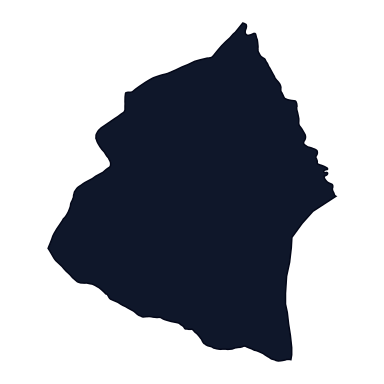 Halhal, Anseba, Eritrea
{"feature_id": "51966322B6803620796687", "entity_name": "Halhal", "entity_type": "district", "adm_level": 2, "iso_a3": "ERI", "parent_name": "Eritrea", "parent_adm1": "Anseba", "projection": "mercator", "projection_center": [38.232, 16.031], "detail": "fine", "context": "isolated", "style": "filled", "palette": "ink", "viewbox_px": 384, "rotation_deg": 0, "n_neighbors": 0, "source": "geoboundaries", "source_scale": "gbopen_adm2", "svg_char_len": 5929}
<svg xmlns="http://www.w3.org/2000/svg" viewBox="0 0 384 384"><path d="M63.4,218.8L62.3,220.8L59.2,225.4L56.8,228.9L54.2,233.3L52.8,236.1L51.8,239.1L50.8,241.7L50.0,243.7L48.7,246.8L48.1,248.4L49.2,250.0L51.4,253.7L52.9,256.3L54.2,258.5L55.7,260.5L57.2,261.9L62.1,266.5L63.9,268.7L66.2,271.2L68.1,272.9L70.2,274.9L71.4,276.3L72.6,277.7L73.8,278.7L74.7,279.5L77.4,281.8L79.0,282.4L80.7,282.9L84.7,283.1L86.7,283.0L89.3,283.6L91.0,283.9L92.3,284.1L93.4,284.6L95.1,285.4L97.1,286.6L99.1,287.7L101.5,289.7L103.0,291.1L104.1,292.1L105.8,293.9L107.2,294.3L108.2,295.9L108.7,296.9L109.6,298.3L110.5,299.1L112.5,300.0L117.9,302.3L120.8,304.2L122.9,305.4L125.4,306.5L127.7,307.9L129.9,309.1L133.6,311.1L135.2,312.4L137.2,314.2L138.2,314.9L139.2,315.5L140.3,315.8L141.8,316.6L143.0,317.0L145.9,316.7L148.1,316.6L149.0,316.5L151.1,316.7L153.1,317.1L155.2,317.3L157.0,317.5L159.2,317.3L160.7,317.5L163.2,319.0L165.0,319.7L167.0,320.3L169.8,321.1L171.2,321.5L174.8,322.2L176.8,322.6L177.7,322.8L178.7,323.1L179.4,323.4L179.9,323.9L180.2,324.2L181.0,324.8L181.9,325.3L182.4,325.7L183.4,326.4L184.0,327.3L184.6,328.3L184.9,328.6L185.2,328.9L185.7,329.0L187.1,329.0L188.6,329.3L189.8,329.3L191.2,329.3L191.8,329.1L192.2,329.3L193.0,329.9L194.8,332.0L195.6,332.7L196.5,333.3L197.2,334.0L198.1,335.0L199.7,336.9L200.3,337.8L201.4,339.1L202.1,340.5L202.6,341.6L203.3,342.6L204.0,343.5L204.7,343.8L205.9,344.8L206.7,345.2L207.4,345.6L208.3,345.9L211.1,346.6L211.9,346.9L213.6,348.0L214.5,348.2L216.8,348.8L218.7,349.1L220.4,349.3L222.7,349.1L225.6,349.1L227.7,349.4L230.0,349.2L232.2,349.0L235.1,347.9L238.4,347.4L240.2,347.3L241.4,347.0L242.2,346.8L243.2,346.3L244.5,346.1L245.5,346.2L246.5,346.8L248.9,347.8L251.6,348.8L254.3,350.2L256.3,350.6L258.2,351.3L260.7,352.4L263.3,353.6L264.9,354.8L267.9,356.7L268.7,357.1L269.4,357.5L270.0,358.0L270.7,358.5L271.6,359.0L274.6,359.8L276.0,360.5L277.2,360.8L278.4,361.0L280.6,360.8L282.7,360.5L285.5,359.9L286.4,359.5L289.2,359.4L290.9,359.7L291.7,354.9L291.7,347.6L290.4,335.5L288.6,324.0L287.3,312.5L285.5,304.1L285.5,293.2L286.6,276.2L289.6,262.3L291.3,247.7L291.9,237.4L302.1,223.4L312.9,211.3L335.9,196.3L335.5,196.1L335.2,195.8L334.6,195.2L334.3,194.5L334.1,193.8L333.8,193.0L333.5,192.3L333.0,191.5L332.7,190.7L332.4,189.5L332.4,188.9L332.4,188.3L332.7,187.6L332.8,186.5L332.7,185.3L332.2,184.5L331.6,184.1L330.6,183.7L329.7,183.3L328.8,182.9L328.3,182.6L327.6,182.2L327.0,181.7L326.0,180.6L325.4,179.8L324.8,179.0L324.5,178.2L324.2,177.6L324.2,176.8L324.2,176.2L325.2,175.8L326.7,175.0L327.2,174.5L327.6,173.8L327.6,173.4L327.5,172.9L327.1,172.6L326.4,172.4L325.7,172.6L325.0,172.6L324.4,172.5L323.9,172.2L323.7,171.8L323.7,171.1L324.0,170.6L324.5,170.2L325.7,169.8L326.3,169.6L327.0,169.6L327.3,169.4L327.6,169.0L327.4,168.4L327.2,168.1L326.7,167.7L326.0,167.4L325.0,166.8L323.7,166.2L322.7,165.8L321.4,165.3L320.6,165.1L319.2,164.6L318.5,164.3L317.5,163.8L317.3,163.3L317.2,162.5L317.3,161.7L317.2,160.9L316.9,160.0L316.6,159.1L316.1,158.3L315.9,157.6L315.8,156.9L316.0,156.3L316.5,155.4L317.0,154.5L317.3,153.6L317.4,152.6L317.3,151.8L317.2,151.3L317.1,150.9L316.5,150.2L315.4,149.5L314.6,149.1L312.8,148.5L312.2,148.2L311.1,147.8L310.4,147.6L310.0,147.5L309.3,147.3L308.0,147.0L307.2,146.6L305.2,145.2L304.6,144.8L304.2,144.4L303.8,143.8L303.6,143.4L303.6,142.8L303.7,142.0L304.1,141.0L304.9,139.8L305.3,138.7L305.5,137.8L305.5,136.3L305.2,134.9L304.3,133.2L303.2,131.3L302.4,129.9L301.6,128.6L300.1,126.6L299.3,125.6L298.8,124.0L298.7,123.0L298.8,120.9L298.8,118.8L298.5,117.1L298.0,114.6L297.5,112.3L296.8,109.8L296.7,108.4L296.6,107.6L297.0,106.3L296.9,105.3L296.7,103.7L296.2,102.2L295.8,101.4L295.1,100.9L291.1,100.4L289.1,100.0L287.4,99.6L284.9,98.5L284.3,97.9L283.7,96.7L282.9,94.9L282.3,93.7L282.0,93.0L281.0,91.5L280.8,90.3L280.8,88.6L280.9,87.3L280.6,86.0L280.1,84.7L279.6,83.7L278.0,81.6L276.5,80.0L275.5,78.7L274.9,77.9L274.6,77.0L274.2,76.1L273.6,75.1L273.1,74.2L272.5,73.1L270.6,69.6L269.8,68.1L268.9,66.8L268.2,65.4L267.8,64.3L267.1,63.0L266.3,62.0L265.7,60.8L265.2,59.7L264.6,58.8L263.9,58.4L262.9,57.8L261.3,56.7L260.6,56.0L260.0,55.1L259.1,53.4L258.0,51.2L258.0,49.9L257.9,48.3L258.0,47.6L258.0,46.2L257.6,42.1L257.3,39.9L256.8,38.5L256.5,37.8L256.3,36.9L255.6,34.1L255.0,33.5L254.3,33.4L253.6,33.5L252.8,33.9L252.1,34.2L251.0,34.7L249.0,35.2L247.9,35.4L247.4,35.3L246.0,34.4L245.5,33.6L245.2,32.6L245.2,31.7L245.3,30.8L245.5,30.0L246.2,28.1L246.3,27.6L246.5,26.2L246.4,25.6L246.1,24.5L245.4,24.1L244.3,23.5L243.1,23.1L242.8,23.0L235.3,32.3L233.2,34.1L229.9,37.9L225.7,41.7L221.8,45.6L218.1,49.9L215.0,53.7L213.5,55.6L212.2,56.9L211.4,57.5L210.4,57.7L209.5,57.9L208.5,58.1L207.5,58.1L206.3,58.3L205.6,58.5L199.8,59.9L194.8,61.3L187.9,64.6L181.9,67.0L175.7,70.0L167.8,73.4L165.4,74.1L162.8,74.7L160.0,75.5L156.4,76.7L153.6,77.7L152.5,78.2L151.6,78.7L150.5,79.3L149.1,80.1L145.6,82.2L139.5,86.3L135.5,89.2L132.8,91.5L132.4,91.8L131.2,92.2L130.1,92.3L128.7,92.3L128.2,92.2L127.7,92.3L127.0,92.5L126.3,92.6L126.0,92.7L125.7,93.0L125.5,93.5L125.1,96.9L125.0,101.6L125.1,103.9L125.0,105.9L125.0,107.7L125.0,109.6L124.9,110.2L124.7,110.7L124.3,111.6L123.9,112.1L123.5,112.5L121.2,114.0L117.8,116.6L114.7,118.6L105.1,125.2L101.1,127.9L100.3,128.7L99.7,129.3L99.0,129.9L98.1,131.0L97.5,132.0L96.8,133.3L96.2,134.5L96.0,135.6L96.0,137.0L95.9,138.2L96.0,138.6L96.4,139.4L97.1,141.6L98.0,143.4L99.9,146.6L102.0,149.5L104.3,152.0L106.7,155.9L108.5,158.0L109.1,159.4L109.6,160.3L110.1,161.3L110.5,162.5L110.6,163.1L110.6,164.9L110.5,165.4L110.3,166.1L109.7,167.1L107.5,168.5L105.7,169.9L103.0,172.3L99.4,174.2L95.7,176.2L92.4,178.6L87.8,181.0L85.0,182.5L83.1,183.7L81.4,185.0L79.8,186.0L78.2,187.1L77.2,188.0L76.5,188.9L74.5,191.8L74.4,192.1L74.1,193.5L73.7,194.8L73.5,196.0L73.5,197.2L72.9,198.6L72.3,200.3L71.2,202.4L70.7,203.8L70.4,206.2L69.9,207.8L69.3,209.4L68.7,210.9L68.3,211.9L67.1,214.1L66.2,215.6L64.8,217.5L63.4,218.8Z" fill="#0f172a" stroke="#020617" stroke-width="1.5"/></svg>